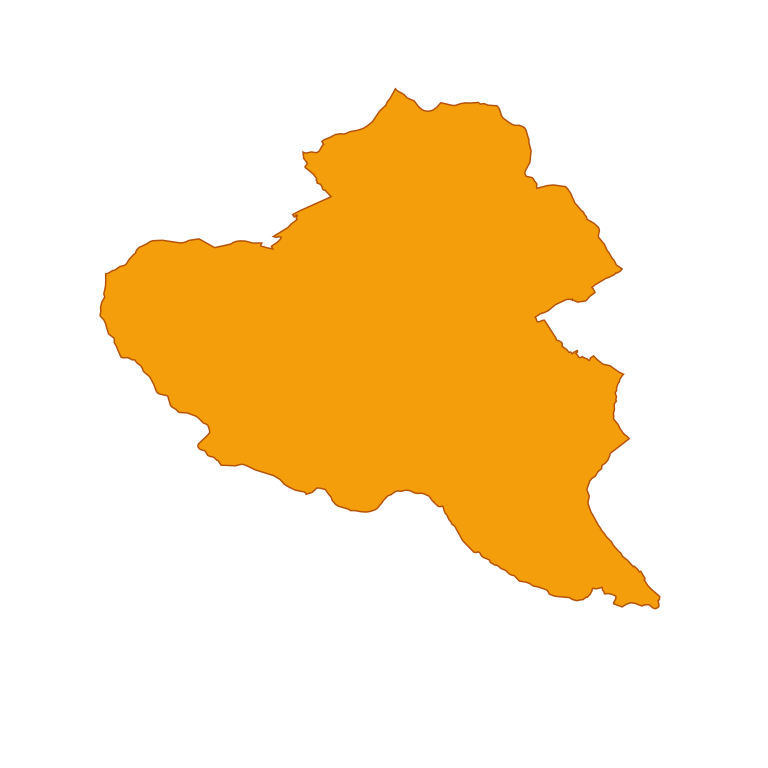 Valcanesti, Prahova, Romania, rotated 346°
{"feature_id": "2599482B34913697582269", "entity_name": "Valcanesti", "entity_type": "district", "adm_level": 2, "iso_a3": "ROU", "parent_name": "Romania", "parent_adm1": "Prahova", "projection": "equal_earth", "projection_center": [25.94, 45.128], "detail": "fine", "context": "isolated", "style": "filled", "palette": "amber", "viewbox_px": 768, "rotation_deg": 346, "n_neighbors": 0, "source": "geoboundaries", "source_scale": "gbopen_adm2", "svg_char_len": 6171}
<svg xmlns="http://www.w3.org/2000/svg" viewBox="0 0 768 768"><g transform="rotate(346 384 384)"><path d="M599.0,659.9L600.1,656.9L593.2,647.0L591.3,643.6L589.0,636.8L590.1,636.3L590.0,635.2L587.8,627.8L586.2,628.1L585.7,626.2L584.4,623.9L582.6,621.3L581.6,621.5L577.6,613.9L573.7,608.9L572.8,605.1L571.4,603.4L567.7,596.4L566.9,594.2L566.7,592.5L563.1,586.5L561.1,581.3L559.9,579.3L559.1,576.1L557.9,573.1L554.5,560.2L554.0,559.5L553.0,549.8L553.7,547.1L555.6,543.6L556.0,542.3L555.3,535.4L560.0,528.1L562.8,525.9L566.8,524.6L570.2,521.0L574.6,518.8L575.4,516.7L576.1,515.6L579.7,514.3L582.7,512.1L586.1,507.5L586.6,506.1L608.7,496.4L607.1,493.4L605.4,491.7L603.9,488.9L602.2,484.1L601.4,480.1L598.4,473.7L598.5,472.5L599.3,470.8L599.2,468.7L601.4,464.5L602.3,459.8L603.2,458.5L605.2,457.0L605.3,454.9L606.5,452.7L606.1,448.5L608.1,446.6L608.7,444.1L610.9,440.5L612.9,438.7L613.6,437.1L614.6,435.9L617.0,433.6L618.8,432.5L614.5,429.0L607.8,421.0L601.2,417.7L596.5,411.6L594.1,407.4L590.6,408.8L589.5,410.4L589.0,410.9L588.6,410.8L586.9,408.5L584.1,406.7L583.1,405.5L580.5,405.9L579.4,405.0L578.7,402.8L577.5,400.8L579.5,399.7L579.7,398.8L579.5,398.2L575.6,399.3L574.0,400.2L572.8,398.1L571.0,398.0L569.5,394.6L565.9,390.5L566.8,388.1L566.5,386.8L565.2,385.3L562.2,383.1L562.0,381.4L555.1,360.9L553.9,360.6L550.2,361.1L548.1,360.9L547.6,360.2L547.4,357.3L546.8,355.8L552.8,353.6L557.2,353.4L561.1,352.6L569.5,348.5L581.6,346.1L585.1,346.8L585.9,347.5L587.3,347.2L587.2,348.5L588.3,348.6L591.7,351.4L599.6,352.1L600.8,351.7L604.5,348.9L610.9,346.3L609.9,342.2L609.0,340.7L612.5,338.9L624.7,335.2L628.1,334.9L634.2,333.5L635.8,332.2L636.7,332.8L640.7,331.6L642.9,329.9L638.3,324.8L637.1,319.6L635.5,316.6L634.5,312.4L632.8,308.1L631.6,301.7L627.7,293.6L627.9,291.7L630.0,287.6L630.2,286.5L630.0,284.0L626.7,279.0L620.9,273.3L620.8,270.5L619.5,268.1L619.2,265.6L617.4,263.2L613.0,254.5L611.2,243.9L609.1,238.4L608.0,236.5L596.7,231.9L590.7,231.0L579.7,231.1L579.8,228.9L580.5,227.8L580.6,226.6L578.8,222.6L578.5,220.9L577.9,219.9L576.8,219.1L572.9,217.3L572.0,216.3L571.6,213.8L572.0,212.6L573.1,210.9L579.1,204.4L583.1,193.4L583.0,184.6L583.9,181.5L583.5,180.0L583.2,172.0L582.4,169.5L581.4,168.3L577.8,165.7L573.9,164.8L571.9,163.7L568.8,160.8L563.8,154.7L562.8,151.7L562.7,147.0L562.3,144.6L561.5,142.2L560.7,141.3L552.3,138.6L549.1,136.2L545.2,135.7L543.6,133.7L542.9,133.5L536.3,132.4L530.4,130.8L526.3,130.5L520.4,131.0L517.4,130.1L507.2,124.8L502.5,128.1L498.9,129.7L495.9,130.3L492.2,129.9L489.2,128.5L487.0,126.8L484.4,122.8L481.8,116.7L475.7,112.0L473.1,107.6L467.8,102.7L466.5,100.3L459.0,108.4L455.8,110.7L453.2,114.0L445.7,118.2L436.2,126.7L430.9,129.2L426.9,130.7L423.4,131.2L417.9,131.4L412.6,130.9L406.1,131.9L401.8,130.6L397.2,130.2L391.5,131.6L385.3,132.5L382.4,133.6L383.4,137.0L382.6,137.2L380.4,139.2L377.6,142.3L375.7,143.0L373.9,143.1L369.8,141.3L364.5,141.1L363.3,140.7L361.5,139.4L360.7,145.6L363.0,151.3L362.5,152.1L360.1,153.8L359.9,154.2L360.0,155.2L361.7,157.0L366.4,163.6L368.4,168.5L367.6,169.4L368.0,171.3L367.7,172.8L370.7,174.9L371.2,176.2L371.8,180.3L372.6,181.4L373.7,181.7L378.0,189.5L344.5,195.5L336.4,197.5L337.3,200.1L339.9,198.9L340.6,199.3L340.5,200.1L339.5,200.4L339.1,201.1L339.0,202.0L339.5,203.0L338.1,204.0L332.2,206.5L328.5,209.0L312.3,214.1L314.5,215.5L318.4,215.8L319.7,216.7L319.8,217.2L317.5,219.1L314.1,221.0L308.1,223.1L308.8,226.0L303.6,223.6L297.9,220.3L298.1,219.3L299.5,217.6L290.9,215.6L284.1,211.8L279.0,210.3L275.6,209.9L272.7,210.1L268.6,211.2L253.1,210.7L252.5,210.6L239.6,198.4L229.4,197.5L225.9,198.2L222.4,198.2L220.3,197.8L203.9,191.0L194.3,189.0L191.6,189.3L186.2,191.0L179.4,192.3L176.2,194.3L174.4,197.0L171.6,198.3L166.6,201.6L163.5,204.9L160.6,206.2L156.1,206.1L150.6,208.3L147.5,208.4L143.4,209.8L140.6,209.8L138.7,217.6L137.3,222.0L133.9,228.9L134.1,232.1L130.1,236.2L129.4,237.4L127.5,241.1L127.0,244.5L125.5,247.8L125.1,249.2L127.8,254.4L128.4,257.6L128.8,268.0L129.2,269.3L133.0,273.9L133.2,274.8L132.4,278.3L132.5,279.4L133.6,282.9L134.0,286.9L135.3,294.1L136.5,295.2L141.2,296.3L143.2,297.4L145.2,299.5L148.0,300.3L149.2,303.5L152.3,307.3L153.2,309.9L153.6,313.0L154.2,314.5L158.0,319.7L158.8,321.6L160.6,329.2L161.2,335.2L161.9,337.6L163.9,339.5L170.6,342.8L171.3,343.5L171.6,352.8L172.5,354.8L176.1,358.4L177.7,361.4L178.7,362.2L186.0,364.4L193.7,369.7L195.2,371.3L199.6,378.5L201.7,379.7L203.1,381.5L203.5,385.6L203.3,388.9L199.9,391.4L189.7,397.1L189.0,397.8L188.4,399.4L188.4,400.6L189.7,402.9L194.1,405.5L195.8,410.7L197.7,412.2L200.9,413.7L201.7,414.7L203.2,417.4L204.2,418.0L204.8,419.0L206.1,423.0L206.4,423.4L220.0,427.4L226.2,427.4L229.1,428.5L238.4,436.2L254.9,446.3L259.3,450.7L260.2,451.8L263.0,457.2L267.0,461.2L272.4,465.6L280.2,469.3L281.7,470.8L281.8,472.2L288.1,471.8L293.6,468.7L296.3,469.4L301.2,471.9L301.8,472.6L303.4,477.1L305.3,480.9L305.6,484.4L307.9,489.1L310.0,491.4L319.6,497.1L320.8,498.7L325.4,499.9L330.7,502.3L335.5,503.9L339.6,504.3L344.8,503.9L346.7,503.3L349.3,501.8L350.0,500.9L351.7,500.0L355.8,496.5L360.3,493.6L364.1,493.0L368.6,491.3L371.2,491.0L374.7,492.3L378.8,492.2L382.1,493.2L384.3,494.4L386.9,496.8L389.1,498.0L394.1,499.1L396.3,500.3L400.7,503.8L402.6,508.8L406.9,515.7L408.5,516.6L411.6,516.8L411.7,521.0L412.1,524.2L413.3,526.1L414.3,531.6L415.7,534.3L415.7,535.9L418.2,539.0L422.2,554.1L423.1,556.2L430.3,568.6L431.6,569.6L435.1,569.8L436.2,571.2L437.0,574.4L438.8,576.6L443.6,580.0L443.7,581.7L444.4,583.3L446.7,585.2L447.2,586.1L449.7,587.3L451.0,588.5L452.8,591.2L457.1,594.4L459.5,598.5L461.7,600.4L464.0,601.4L467.7,608.0L473.9,610.6L477.0,612.8L480.0,616.1L485.1,618.5L491.6,622.9L492.6,623.9L493.5,627.6L494.5,628.6L498.5,631.3L512.2,636.1L514.4,638.5L518.7,640.9L522.8,641.0L525.0,641.4L528.3,639.8L529.6,640.2L532.9,638.1L535.6,635.2L536.8,632.8L541.0,634.2L546.4,634.1L546.3,637.1L547.1,638.5L547.2,640.9L551.2,641.7L553.8,642.9L557.4,645.7L557.5,646.9L556.9,648.5L553.8,651.9L553.7,652.9L561.1,657.9L566.0,656.3L570.4,655.9L574.3,657.4L580.6,661.8L581.7,661.4L585.3,661.6L588.0,662.4L590.5,666.1L592.8,667.7L595.5,667.2L596.7,666.6L597.4,664.8L597.5,660.5L599.0,659.9Z" fill="#f59e0b" stroke="#b45309" stroke-width="1.5"/></g></svg>